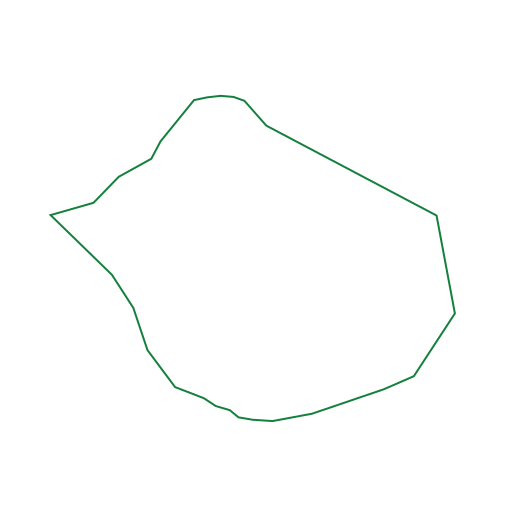 SVG path tracing the border of Cerklje na Gorenjskem, rotated 253°
{"feature_id": "SVN-942", "entity_name": "Cerklje na Gorenjskem", "entity_type": "Municipality", "adm_level": 1, "iso_a3": "SVN", "parent_name": "Slovenia", "parent_adm1": "", "projection": "equal_earth", "projection_center": [14.503, 46.257], "detail": "fine", "context": "isolated", "style": "outline", "palette": "green", "viewbox_px": 512, "rotation_deg": 253, "n_neighbors": 0, "source": "natural_earth", "source_scale": "10m", "svg_char_len": 485}
<svg xmlns="http://www.w3.org/2000/svg" viewBox="0 0 512 512"><g transform="rotate(253 256 256)"><path d="M154.3,140.3L197.7,124.7L242.3,123.5L280.2,112.7L355.2,71.5L354.4,116.2L371.9,147.9L379.6,184.3L393.6,198.3L423.2,242.3L422.0,255.6L419.5,269.0L414.7,281.0L407.8,290.3L377.6,304.0L241.9,440.5L142.9,429.4L94.9,371.8L91.2,339.3L88.8,263.5L93.3,223.6L100.3,205.1L106.8,192.1L116.2,185.9L124.3,173.6L135.2,164.6L154.3,140.3Z" fill="none" stroke="#15803d" stroke-width="2"/></g></svg>